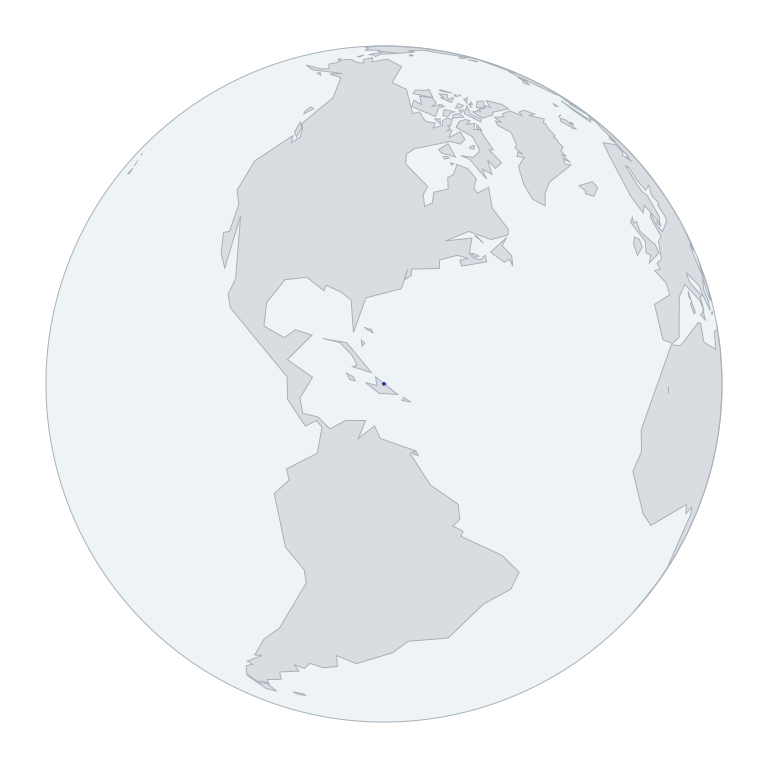 Santiago Rodríguez on an orthographic globe, rotated 23°
{"feature_id": "DOM-1391", "entity_name": "Santiago Rodríguez", "entity_type": "Province", "adm_level": 1, "iso_a3": "DOM", "parent_name": "Dominican Republic", "parent_adm1": "", "projection": "orthographic", "projection_center": [-71.283, 19.365], "detail": "fine", "context": "on_globe", "style": "filled", "palette": "blue", "viewbox_px": 768, "rotation_deg": 23, "n_neighbors": 0, "source": "natural_earth", "source_scale": "10m", "svg_char_len": 9788}
<svg xmlns="http://www.w3.org/2000/svg" viewBox="0 0 768 768"><g transform="rotate(23 384 384)"><circle cx="384" cy="384" r="338" fill="#eef3f6" stroke="#a8b0b8"/><path d="M343.8,447.9L336.0,444.0L328.1,453.5L301.3,435.9L292.2,415.4L212.9,373.9L205.4,362.3L206.4,345.5L186.3,285.1L192.1,339.5L183.1,327.5L177.1,307.3L182.1,303.7L180.2,275.4L173.0,263.0L177.9,229.0L203.1,190.9L204.5,198.2L210.4,189.1L209.0,179.9L206.7,176.3L225.3,140.3L224.6,118.8L213.2,119.8L224.4,114.4L195.2,122.8L187.7,120.8L203.1,118.6L210.0,115.2L208.3,111.0L215.0,106.7L218.1,102.6L226.2,98.2L234.6,98.5L240.1,96.0L238.5,93.3L245.8,88.0L247.2,92.2L259.9,83.7L276.3,84.9L273.5,103.5L289.5,104.0L304.7,123.9L310.2,119.7L319.4,126.0L329.2,123.9L329.2,129.2L336.9,123.1L335.0,118.8L337.8,114.9L343.3,113.6L344.4,119.7L341.7,121.3L345.0,122.4L343.1,126.2L347.2,123.6L347.8,131.8L355.4,122.0L362.8,127.2L360.9,133.2L350.4,134.7L319.9,155.6L314.8,163.9L318.2,173.2L347.2,185.2L346.0,194.3L352.2,204.9L357.8,198.4L355.0,188.0L366.9,179.6L362.0,168.9L366.1,164.3L365.3,153.4L377.0,153.1L388.8,159.2L390.1,168.6L395.3,171.9L403.5,162.1L414.9,179.9L438.1,193.1L439.8,198.5L426.2,209.2L402.4,210.4L384.7,228.2L407.9,215.3L411.7,230.7L417.3,233.1L423.9,232.0L427.0,225.9L430.8,231.4L409.3,245.2L405.5,240.3L412.4,235.7L401.2,236.9L386.7,248.0L389.8,255.9L364.7,267.4L366.6,273.6L362.2,280.1L360.9,269.3L362.7,289.5L333.7,311.8L335.7,348.3L321.0,319.7L308.0,316.0L292.2,315.8L292.2,321.7L271.4,315.8L252.1,326.7L244.2,354.9L250.8,377.5L274.0,380.4L281.3,368.7L298.6,367.2L285.5,399.4L315.5,405.7L312.1,429.9L320.7,442.8L336.0,440.1L351.7,446.4L363.0,432.5L381.3,424.8L381.6,444.4L391.7,426.3L401.9,435.6L438.2,433.3L435.5,438.0L466.1,458.9L499.1,465.7L506.7,478.7L502.8,487.7L514.2,488.7L514.4,494.2L559.4,495.6L581.9,504.5L580.9,523.2L561.4,548.0L542.3,592.8L506.9,611.3L497.0,627.9L467.7,652.3L446.4,652.5L451.6,662.2L439.0,668.9L424.9,670.1L421.8,676.9L411.4,677.4L417.9,681.4L400.5,689.9L404.8,695.9L392.0,701.7L395.3,704.8L390.6,704.7L385.6,705.9L385.0,707.5L370.8,704.6L367.2,697.2L372.6,693.3L366.4,692.5L377.7,681.6L370.9,683.9L373.2,665.8L383.2,649.5L390.2,597.2L383.0,586.1L357.1,572.7L325.8,527.8L334.2,509.5L327.4,500.3L349.7,473.8L343.8,447.9ZM65.9,291.0L68.4,283.5L67.5,289.4L65.9,291.0ZM69.6,278.2L68.8,280.9L69.4,278.5L69.6,278.2ZM69.8,276.0L69.6,277.6L69.5,276.5L69.8,276.0ZM69.7,273.9L69.8,274.7L69.7,274.9L69.7,273.9ZM333.6,360.6L368.0,378.4L348.2,380.4L352.0,377.3L343.3,370.0L327.1,363.0L309.8,366.1L333.6,360.6ZM70.6,268.5L70.9,266.9L71.3,266.9L70.6,268.5ZM349.6,340.9L343.6,339.4L349.5,339.4L349.6,340.9ZM204.6,175.6L208.3,180.3L207.0,190.7L203.2,187.0L204.6,175.6ZM208.1,157.6L211.7,158.1L204.7,166.6L204.8,163.7L208.1,157.6ZM203.5,122.2L205.2,124.4L201.2,123.8L203.5,122.2ZM217.0,102.8L214.4,103.8L217.1,101.3L217.0,102.8ZM359.0,154.4L362.1,153.9L360.6,156.1L359.0,154.4ZM355.7,150.4L351.8,153.3L349.6,151.9L352.1,150.1L355.7,150.4ZM232.1,92.7L237.2,89.0L233.4,92.7L232.1,92.7ZM361.1,147.1L346.3,149.0L342.7,146.6L349.0,137.9L361.1,147.1ZM241.1,86.9L253.4,78.9L248.6,79.9L269.1,73.5L251.9,81.8L248.0,86.0L246.2,85.0L241.1,86.9ZM332.0,118.1L334.3,122.6L327.2,120.2L332.0,118.1ZM326.8,117.6L301.2,117.8L300.6,111.1L309.3,112.1L304.4,105.2L316.7,101.8L322.2,104.8L320.1,109.6L326.4,104.8L326.8,117.6ZM278.5,71.8L282.7,70.3L279.8,72.0L278.5,71.8ZM338.3,113.2L333.2,113.5L332.3,107.7L342.4,106.1L339.5,108.4L338.3,113.2ZM297.1,105.4L298.2,101.2L308.5,97.1L310.3,95.1L317.0,101.2L297.1,105.4ZM342.5,109.1L347.6,105.5L353.1,107.2L343.3,112.6L342.5,109.1ZM327.9,107.0L327.9,104.3L331.2,105.2L327.9,107.0ZM375.4,112.4L369.2,112.2L368.3,109.0L375.4,112.4ZM349.1,104.1L347.2,103.5L346.1,102.5L350.5,100.6L349.1,104.1ZM323.7,98.2L327.8,97.6L321.6,95.4L329.0,92.8L332.1,97.6L333.9,94.5L336.2,93.7L336.1,98.6L323.7,98.2ZM351.7,95.6L358.2,101.7L369.7,102.3L370.9,105.0L352.1,103.6L351.7,95.6ZM342.6,96.8L348.5,96.6L347.0,99.7L342.0,101.9L342.6,96.8ZM332.9,89.6L320.7,92.3L320.5,91.2L332.9,89.6ZM355.4,95.1L353.7,93.7L356.4,94.8L355.4,95.1ZM340.2,90.4L335.9,91.4L335.7,90.1L340.2,90.4ZM354.0,90.4L356.1,92.2L352.8,93.5L354.0,90.4ZM347.9,89.9L348.7,87.9L350.3,92.9L346.0,90.5L347.9,89.9ZM340.7,89.1L339.2,88.6L342.5,88.8L340.7,89.1ZM365.5,84.8L368.3,90.8L360.9,93.5L359.2,87.2L365.5,84.8ZM394.4,710.3L372.0,705.6L384.6,707.9L393.5,705.3L405.2,708.6L394.4,710.3ZM420.5,702.9L430.8,700.7L433.2,701.4L426.6,703.1L420.5,702.9ZM645.4,169.9L651.8,179.7L642.7,170.2L626.7,149.3L622.8,144.9L645.4,169.9ZM611.7,134.3L610.3,133.3L598.9,123.3L608.3,132.0L611.3,134.2L617.2,140.1L614.8,138.6L610.8,134.8L611.2,136.4L629.8,155.5L634.9,159.8L641.3,172.2L650.4,181.0L655.4,188.8L641.9,177.0L636.2,170.6L618.7,163.3L625.3,170.8L642.2,178.7L641.0,179.9L650.1,191.8L642.2,183.8L622.0,174.8L621.7,188.3L637.3,225.6L633.7,233.9L623.5,234.3L601.9,205.1L612.2,190.1L604.6,181.1L588.9,173.8L593.4,170.4L588.2,166.1L590.7,160.8L580.9,145.4L581.4,139.9L564.6,127.0L562.6,122.9L573.2,131.4L580.8,135.0L580.6,123.6L576.7,119.4L565.8,112.4L567.1,110.8L556.5,105.6L550.0,97.7L549.1,103.4L536.2,97.0L525.2,89.3L520.8,88.6L538.7,101.4L546.0,105.8L552.5,107.6L572.2,122.5L575.1,128.1L553.8,117.7L555.6,125.1L538.3,115.1L500.6,84.5L491.5,76.3L503.8,73.2L513.4,77.4L513.8,80.2L525.4,82.3L518.7,79.8L519.8,79.0L507.8,73.9L508.0,73.2L496.1,70.1L495.0,68.7L502.6,70.7L483.8,63.5L478.1,60.5L473.7,59.4L470.7,59.0L465.4,56.3L462.4,55.6L463.0,56.2L457.5,55.5L445.7,53.6L444.5,52.7L448.6,53.3L455.4,53.8L466.5,56.3L465.8,56.1L488.7,62.7L511.2,70.9L533.0,80.7L554.0,92.0L574.2,104.7L593.5,118.8L611.7,134.3ZM462.0,55.2L454.9,53.6L446.6,52.8L439.9,52.0L442.4,51.7L441.0,51.7L437.2,51.1L432.4,50.0L429.0,50.3L389.5,48.7L376.2,47.6L382.9,46.7L354.0,48.1L341.3,48.9L341.9,49.1L328.5,51.2L332.3,50.9L331.6,51.3L298.8,59.3L290.2,61.4L276.8,67.2L277.0,67.6L282.7,66.2L269.1,73.5L248.6,79.9L249.0,78.5L235.9,84.3L238.6,80.9L234.8,81.5L245.3,75.9L243.4,76.7L252.1,72.9L255.2,72.0L254.1,72.0L254.6,71.8L260.5,69.5L262.1,68.8L286.1,60.6L310.7,54.1L335.7,49.5L361.0,46.9L386.4,46.1L411.8,47.2L437.1,50.3L462.0,55.2ZM703.0,495.5L705.2,488.7L713.2,460.2L716.6,442.0L716.8,409.5L717.4,384.3L715.4,377.3L712.6,385.1L709.4,376.9L706.9,380.0L685.0,410.0L673.3,402.3L647.2,367.2L647.5,345.8L638.7,325.8L633.2,235.6L642.1,233.0L649.2,204.8L651.8,204.5L661.9,220.3L675.9,222.7L667.6,206.5L669.5,203.4L667.4,199.9L679.6,220.2L690.3,241.3L699.6,263.2L707.3,285.6L713.4,308.5L717.9,331.8L720.7,355.3L721.9,379.0L721.4,402.7L719.3,426.3L715.5,449.7L710.0,472.8L703.0,495.5ZM646.8,275.4L649.8,281.6L646.8,275.4ZM439.4,433.0L443.8,436.6L438.0,437.0L439.4,433.0ZM345.3,388.6L352.6,389.2L356.4,392.3L350.8,393.2L345.3,388.6ZM407.4,388.7L415.8,390.2L407.0,392.1L407.4,388.7ZM373.4,380.7L400.6,388.3L383.3,394.4L366.2,389.9L378.1,388.1L373.4,380.7ZM345.9,352.5L350.4,354.1L349.0,357.7L345.9,352.5ZM353.9,341.0L352.1,341.3L349.9,338.2L353.9,341.0ZM413.0,229.8L414.8,228.9L421.5,229.2L418.3,231.8L413.0,229.8ZM451.3,216.0L456.5,225.2L450.6,220.0L447.2,224.9L430.6,221.0L439.7,201.1L438.5,210.5L451.3,216.0ZM410.9,211.5L420.4,215.4L409.7,212.0L410.9,211.5ZM557.2,150.8L562.5,151.1L568.0,157.0L567.2,166.7L559.2,157.9L557.2,150.8ZM568.7,150.5L547.8,138.9L547.4,133.4L551.1,138.3L553.0,135.7L559.5,143.1L579.6,150.1L585.8,156.0L581.0,169.0L579.2,161.1L574.1,160.9L568.7,150.5ZM495.0,127.9L486.0,125.2L496.9,116.3L504.1,120.0L503.8,129.1L495.1,130.1L495.0,127.9ZM375.1,132.5L370.9,133.7L370.6,131.8L373.9,129.1L375.1,132.5ZM372.6,112.6L393.0,125.7L389.3,127.6L405.8,134.3L402.3,142.0L391.8,137.2L401.4,148.8L390.5,147.6L398.2,155.2L375.0,143.7L365.6,143.8L377.4,140.5L380.9,133.2L379.5,130.1L368.7,121.8L350.1,119.5L350.6,112.7L355.8,108.6L360.3,108.1L358.6,112.5L365.9,108.7L366.9,114.7L372.6,112.6ZM417.0,76.8L413.1,79.9L427.9,77.6L429.0,81.8L430.6,81.3L435.6,84.9L444.6,88.6L443.5,90.6L447.5,91.3L450.9,94.1L456.0,95.8L455.8,100.3L462.0,103.0L458.4,103.7L469.1,107.3L461.1,106.7L464.7,110.8L470.6,109.2L457.3,133.7L457.9,146.0L462.8,157.0L448.4,155.8L434.5,145.3L423.0,131.6L424.4,120.6L417.6,122.6L416.3,118.1L422.2,118.4L412.3,115.4L412.8,112.0L402.6,102.7L387.9,101.5L383.8,98.5L389.8,97.3L381.5,95.3L390.0,91.2L387.3,89.1L392.9,83.5L406.1,83.1L402.0,80.9L406.1,77.2L417.0,76.8ZM367.5,83.2L382.9,80.6L391.1,82.0L377.9,91.4L379.2,93.8L371.0,100.8L359.3,98.9L362.7,97.0L363.3,94.7L366.7,96.2L364.5,93.4L369.1,90.8L368.6,88.1L373.7,87.9L367.5,83.2ZM648.3,196.6L649.2,195.2L649.0,191.6L654.7,199.5L648.3,196.6ZM634.9,190.6L634.7,187.9L642.7,196.3L641.8,198.1L634.9,190.6ZM627.8,179.8L634.1,187.1L630.2,184.3L627.8,179.8ZM572.3,129.0L571.3,126.3L573.8,127.6L577.5,130.9L572.3,129.0ZM461.1,74.3L457.6,75.0L455.6,74.2L444.1,73.3L442.4,70.6L448.7,70.0L461.1,74.3ZM653.5,180.1L652.8,179.2L651.0,176.9L650.6,176.3L653.5,180.1ZM657.4,190.0L658.5,189.2L658.9,192.2L657.4,190.0ZM457.3,71.2L452.7,71.0L454.7,69.9L457.3,71.2ZM440.5,68.7L441.7,67.1L440.8,70.2L440.5,68.7ZM436.3,54.1L454.3,57.7L466.0,59.9L470.9,59.9L471.8,62.1L453.6,58.6L436.3,54.1ZM395.4,49.1L391.2,50.1L387.9,49.5L388.3,49.2L395.4,49.1ZM396.5,49.9L401.1,51.8L395.4,52.3L392.9,50.6L396.5,49.9ZM429.9,59.6L435.3,60.6L433.6,61.4L429.9,59.6ZM281.1,70.0L282.5,70.2L278.9,71.1L281.1,70.0ZM334.0,51.1L332.4,51.7L328.2,52.2L334.0,51.1ZM325.6,54.1L331.5,53.0L325.8,54.5L325.6,54.1ZM344.5,50.9L334.0,52.8L343.3,50.6L344.5,50.9Z" fill="#d9dde1" stroke="#a8b0b8" stroke-width="1"/><path d="M383.4,382.8L383.6,383.0L383.8,383.0L383.9,382.9L384.0,382.9L384.2,383.0L384.4,383.0L384.5,383.0L384.7,383.3L385.2,383.4L385.1,383.5L385.0,383.8L384.8,383.9L384.7,383.9L384.4,384.0L384.2,384.2L384.2,384.4L384.2,384.6L384.3,384.8L384.3,385.0L384.0,385.1L383.8,385.0L383.5,384.9L383.3,384.8L383.1,384.5L382.9,384.4L382.7,384.2L383.0,384.0L383.0,383.7L383.1,383.4L383.1,383.2L383.3,382.9L383.4,382.8Z" fill="#3b82f6" stroke="#1e3a8a" stroke-width="1.5"/></g></svg>